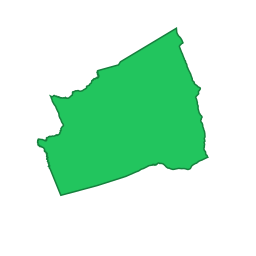 the district of Yaví, Jujuy, Argentina, rotated 330°
{"feature_id": "61730980B17407958230561", "entity_name": "Yaví", "entity_type": "district", "adm_level": 2, "iso_a3": "ARG", "parent_name": "Argentina", "parent_adm1": "Jujuy", "projection": "natural_earth1", "projection_center": [-65.741, -22.313], "detail": "fine", "context": "isolated", "style": "filled", "palette": "green", "viewbox_px": 256, "rotation_deg": 330, "n_neighbors": 0, "source": "geoboundaries", "source_scale": "gbopen_adm2", "svg_char_len": 5543}
<svg xmlns="http://www.w3.org/2000/svg" viewBox="0 0 256 256"><g transform="rotate(330 128 128)"><path d="M182.5,193.2L182.4,192.8L182.7,191.3L182.6,190.8L182.1,190.1L183.2,187.4L183.2,186.7L182.9,185.8L183.2,184.3L183.8,183.2L184.5,182.8L184.8,182.3L185.1,181.5L185.6,181.2L186.0,180.7L186.4,179.7L186.5,178.9L186.7,178.4L186.9,178.2L187.8,178.1L188.4,176.9L188.6,175.7L188.9,175.1L190.0,174.4L190.6,173.6L191.2,172.1L191.5,171.8L192.5,169.2L192.6,168.5L192.7,167.5L193.2,166.0L193.3,164.8L193.5,164.1L194.2,162.7L194.5,161.5L194.6,160.5L194.3,159.7L194.6,158.1L194.9,157.6L195.7,157.2L196.1,156.5L197.5,155.7L197.7,155.1L197.7,154.5L197.3,153.1L197.3,151.2L197.2,150.8L197.3,150.2L198.4,146.1L199.7,144.0L199.8,143.6L199.9,142.3L200.3,141.3L200.7,140.9L201.6,137.8L202.0,135.2L202.5,134.8L206.3,133.7L207.1,131.8L207.5,131.4L208.3,131.3L209.0,130.9L209.7,130.6L210.3,130.1L210.5,129.2L209.2,127.3L208.8,125.5L208.1,124.1L207.7,122.8L207.7,122.2L208.0,122.0L208.2,121.2L208.0,120.7L207.5,118.9L207.6,118.6L208.1,117.9L208.3,117.3L208.9,113.7L209.2,112.9L209.5,107.4L209.8,105.6L209.7,104.9L210.7,102.1L210.7,100.8L210.6,100.2L210.7,99.7L211.2,99.0L211.2,98.3L211.1,98.1L211.0,97.1L211.3,96.5L211.5,94.5L211.7,93.5L211.8,92.5L212.1,91.3L212.2,89.4L213.1,83.6L213.4,82.8L214.7,82.2L215.2,82.2L215.7,82.0L217.1,81.7L217.7,81.9L218.2,81.7L218.6,78.5L218.5,76.2L218.2,74.8L218.0,74.3L217.8,73.2L217.8,71.1L218.0,69.8L218.2,69.2L219.8,65.8L154.6,66.9L151.3,68.6L130.8,63.3L130.3,63.3L130.1,63.6L129.9,63.6L129.9,63.9L129.7,63.9L129.5,64.2L129.6,64.5L129.2,64.5L129.3,64.7L129.1,65.3L129.1,65.6L128.7,65.6L128.6,65.8L129.1,66.6L128.8,66.8L128.5,66.7L128.5,66.8L128.7,67.0L128.4,66.9L128.3,67.3L128.4,67.5L128.6,67.4L128.6,67.2L128.8,67.4L128.9,67.5L128.9,67.9L128.9,68.1L128.5,68.5L128.2,68.4L128.1,68.7L128.3,68.9L128.0,69.2L127.5,69.1L127.4,69.4L126.9,69.5L126.9,69.1L126.5,69.1L126.5,68.7L125.9,68.9L125.6,68.8L125.5,69.0L124.7,68.8L124.2,69.1L123.8,68.8L123.6,68.5L123.3,68.3L122.6,68.6L121.9,68.6L121.7,69.1L120.8,68.9L120.2,69.0L119.5,69.9L118.4,70.8L117.2,70.8L116.7,71.0L116.4,71.3L115.9,71.7L115.2,71.4L114.2,71.5L113.1,71.2L112.8,71.4L112.5,72.3L112.1,72.6L110.8,72.8L109.0,72.7L107.6,72.9L106.6,72.8L105.0,72.3L104.4,71.8L103.6,70.7L103.0,70.4L101.8,70.0L101.2,69.6L100.7,69.5L99.6,69.6L98.5,69.1L98.0,69.2L97.8,69.3L97.9,69.8L97.8,70.1L97.4,70.4L96.8,70.7L96.2,71.7L94.9,71.7L93.7,72.1L93.1,72.1L91.4,72.4L90.9,72.3L90.4,71.8L90.1,71.8L89.6,71.5L89.7,71.2L89.3,71.0L89.0,70.5L88.9,70.5L88.9,70.2L88.3,70.4L88.0,70.1L87.6,70.1L87.1,69.5L86.6,69.5L86.3,69.3L85.7,68.7L85.3,68.6L85.2,68.4L84.9,68.2L84.5,68.1L84.5,67.8L84.2,67.7L84.0,67.4L84.1,67.1L83.7,66.5L83.4,66.2L83.0,66.4L82.9,66.2L82.4,65.7L82.2,64.8L81.9,64.7L81.7,64.8L81.5,64.7L81.3,64.3L81.0,64.1L80.8,63.6L80.4,63.2L80.3,62.9L79.9,62.9L79.7,62.8L78.9,63.1L78.5,63.2L77.8,63.0L76.9,61.7L76.8,62.9L76.5,64.1L76.4,65.4L75.9,66.9L75.8,70.8L76.0,71.9L76.1,73.5L75.8,74.8L75.7,76.1L75.5,78.5L75.5,80.3L75.0,81.8L74.4,83.0L74.0,85.1L74.1,86.8L73.6,89.5L73.6,91.0L73.7,91.8L73.6,93.1L73.1,93.8L72.1,93.8L71.4,94.2L70.9,94.3L70.3,94.7L69.7,94.9L69.6,95.0L69.6,95.3L69.3,95.5L69.0,96.4L68.7,96.6L68.2,96.5L68.2,96.8L67.9,97.0L67.8,97.3L67.5,97.6L66.8,97.8L66.1,98.8L65.5,99.0L64.6,98.9L63.7,99.1L63.3,98.6L62.9,98.8L62.8,98.3L62.4,98.3L62.0,98.1L61.7,98.3L61.2,98.2L60.5,98.2L59.3,97.8L58.4,97.1L57.6,97.0L56.8,96.8L56.3,96.1L55.6,96.2L55.1,95.9L54.4,96.0L53.9,96.2L53.3,96.1L53.0,95.8L52.4,95.9L52.1,96.6L51.7,97.0L51.7,97.7L51.3,97.8L50.7,97.8L50.6,98.1L50.4,98.1L50.2,97.9L50.1,97.3L49.8,97.5L49.6,97.4L49.4,96.9L48.9,96.4L48.7,96.0L48.0,95.1L46.9,94.4L45.2,93.0L44.8,92.8L44.4,93.0L44.1,93.3L44.3,93.8L44.2,94.0L43.9,94.1L43.5,93.9L43.3,94.3L43.0,94.5L42.4,95.5L42.7,95.8L42.7,96.0L41.9,97.0L41.8,97.3L41.9,97.8L41.8,98.0L42.2,98.1L42.3,98.3L42.3,98.6L42.2,98.9L42.6,99.0L42.7,99.4L42.3,99.4L42.4,99.9L42.9,99.9L43.2,100.7L43.8,100.8L43.9,101.5L44.5,102.1L45.0,103.1L45.1,104.5L44.8,105.0L44.7,105.6L44.2,105.9L44.1,106.4L44.2,106.6L44.5,106.6L44.6,106.8L44.4,107.3L44.9,108.1L44.6,108.8L44.8,109.0L45.1,108.9L45.1,109.3L45.2,109.7L45.0,109.8L44.7,109.7L44.4,109.9L44.5,111.2L44.2,111.3L43.8,111.3L43.3,112.0L43.8,112.7L43.7,113.1L43.9,113.4L43.8,113.6L43.4,113.8L43.2,113.5L42.7,113.5L42.6,113.8L42.8,114.1L42.8,114.5L42.7,114.6L42.4,114.2L42.1,114.3L42.1,114.5L42.4,114.8L42.5,115.4L42.6,115.6L42.5,116.2L41.8,116.5L41.8,116.9L41.6,117.0L41.8,117.5L41.7,117.8L41.9,118.3L42.1,118.4L42.0,118.6L41.9,118.7L41.8,118.9L41.4,118.7L41.3,118.9L41.5,119.5L41.2,119.9L41.3,120.7L40.8,120.8L41.0,121.4L40.6,121.4L40.5,121.8L40.2,121.8L40.6,122.3L40.3,122.7L40.3,122.9L40.0,123.1L39.9,123.4L40.1,124.6L36.2,152.7L72.4,162.4L101.9,168.8L112.8,170.0L115.7,170.5L118.9,170.3L121.1,170.8L126.4,171.1L126.8,170.9L130.1,172.1L130.7,172.0L130.9,172.4L131.2,172.1L131.7,172.6L132.0,172.4L132.2,172.6L132.1,172.8L132.4,173.1L132.7,173.7L132.8,173.7L132.9,173.3L133.0,173.2L133.3,173.5L133.7,173.5L133.8,173.9L134.0,174.0L134.6,173.6L135.4,173.8L135.9,173.5L136.8,173.5L137.2,173.7L137.8,174.7L138.0,174.8L138.4,174.8L139.0,175.2L140.0,176.1L140.4,176.6L140.8,177.4L141.4,179.4L141.6,180.6L142.3,182.3L142.7,182.8L143.8,183.5L144.2,184.3L146.0,186.2L146.7,186.6L151.8,188.3L154.1,190.0L155.9,190.9L156.8,191.5L158.2,192.9L158.7,193.5L159.2,193.9L160.1,194.2L161.0,194.2L161.7,194.3L164.2,192.7L166.3,192.4L168.3,192.4L170.1,192.7L171.0,192.4L172.0,192.4L173.4,192.2L174.3,192.4L176.7,192.8L177.7,192.7L178.4,192.9L179.3,192.9L182.5,193.2Z" fill="#22c55e" stroke="#15803d" stroke-width="1.5"/></g></svg>